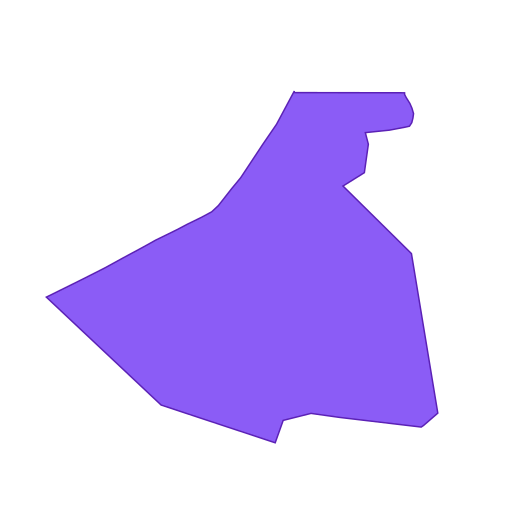 outline of Trou Rouge, Castries, Saint Lucia, rotated 278°
{"feature_id": "8701671B79423766550609", "entity_name": "Trou Rouge", "entity_type": "district", "adm_level": 2, "iso_a3": "LCA", "parent_name": "Saint Lucia", "parent_adm1": "Castries", "projection": "equal_earth", "projection_center": [-60.989, 14.006], "detail": "fine", "context": "isolated", "style": "filled", "palette": "violet", "viewbox_px": 512, "rotation_deg": 278, "n_neighbors": 0, "source": "geoboundaries", "source_scale": "gbopen_adm2", "svg_char_len": 669}
<svg xmlns="http://www.w3.org/2000/svg" viewBox="0 0 512 512"><g transform="rotate(278 256 256)"><path d="M73.7,301.0L97.0,305.8L107.8,332.4L107.8,361.3L109.6,443.4L111.5,445.5L125.7,457.9L280.0,409.6L337.4,332.4L353.6,351.7L382.3,351.7L393.4,347.1L399.2,370.6L404.5,386.2L405.9,389.9L409.7,391.7L414.4,392.2L418.9,392.2L424.0,389.9L428.4,387.2L433.9,382.6L436.6,380.7L438.3,380.4L423.1,271.0L424.7,271.0L389.3,258.0L368.0,247.4L331.5,230.0L319.1,222.4L300.8,211.8L293.6,206.0L286.3,196.0L278.0,183.7L270.8,173.7L257.8,154.5L248.5,142.2L235.8,124.9L222.9,107.6L207.8,85.9L186.1,54.1L95.2,182.8L73.7,301.0Z" fill="#8b5cf6" stroke="#5b21b6" stroke-width="1.5"/></g></svg>